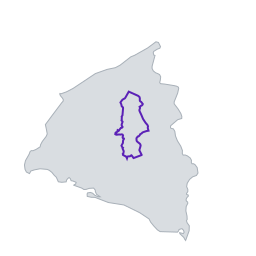 Nicaragua, with Matagalpa highlighted, rotated 107°
{"feature_id": "NIC-666", "entity_name": "Matagalpa", "entity_type": "Department", "adm_level": 1, "iso_a3": "NIC", "parent_name": "Nicaragua", "parent_adm1": "", "projection": "albers", "projection_center": [-85.323, 12.952], "detail": "medium", "context": "in_parent", "style": "outline", "palette": "violet", "viewbox_px": 256, "rotation_deg": 107, "n_neighbors": 0, "source": "natural_earth", "source_scale": "10m", "svg_char_len": 4015}
<svg xmlns="http://www.w3.org/2000/svg" viewBox="0 0 256 256"><g transform="rotate(107 128 128)"><path d="M218.7,40.0L217.6,41.5L216.4,42.5L213.9,47.5L213.0,48.0L212.8,44.3L211.3,43.8L209.5,45.1L208.5,47.0L210.1,49.5L211.5,49.5L213.1,50.2L217.7,67.0L216.8,70.1L214.1,74.8L211.4,78.8L208.8,81.3L205.6,92.0L202.8,109.4L205.0,125.0L204.0,139.4L205.0,142.8L205.3,147.0L203.1,147.8L201.9,147.7L200.6,145.1L200.7,142.8L202.0,140.1L202.5,136.5L201.9,134.6L200.6,138.7L198.4,140.6L196.9,141.2L195.5,143.3L197.0,147.3L199.0,150.2L199.7,152.2L199.0,154.7L198.6,163.1L197.9,162.9L197.1,161.7L195.1,161.7L194.8,165.1L195.0,167.0L193.2,168.4L192.6,169.9L194.1,170.9L195.7,171.5L197.6,171.4L199.3,175.5L199.8,178.9L196.1,182.1L194.8,184.7L192.7,187.8L191.5,190.9L191.2,193.1L192.7,200.2L195.3,205.1L197.5,208.3L200.4,208.9L199.8,212.3L197.6,214.4L193.6,216.2L189.2,216.5L182.0,214.9L179.0,214.7L177.9,213.8L177.5,212.2L175.5,209.8L171.7,206.5L169.5,206.7L165.9,206.0L160.0,203.8L157.3,203.5L153.4,205.5L148.9,208.0L137.9,204.1L130.2,201.3L123.3,198.8L121.4,197.9L119.9,198.1L118.6,199.4L117.1,201.7L116.6,202.3L115.8,203.0L114.9,203.2L114.9,202.1L111.5,197.5L106.1,192.0L85.5,175.1L78.0,165.0L74.0,157.7L70.2,153.9L59.1,146.1L56.6,143.0L45.7,132.6L37.4,126.5L37.3,123.9L40.7,120.7L42.4,120.9L44.2,123.2L47.2,125.8L48.6,125.9L50.7,124.7L50.7,123.4L61.9,123.0L64.0,122.4L66.0,120.5L67.1,117.8L67.3,115.3L67.7,113.4L69.5,111.7L72.8,111.1L75.3,111.0L76.1,109.8L75.3,105.9L74.0,96.4L73.8,93.8L74.2,91.8L75.3,91.1L80.2,90.7L89.6,91.5L91.4,90.9L95.2,85.6L98.7,81.7L101.2,79.9L103.2,79.4L105.5,82.9L113.4,87.9L114.7,87.6L115.5,87.3L115.7,86.6L115.6,84.3L117.6,82.2L121.7,80.3L125.8,77.0L130.0,72.2L133.6,69.4L136.6,68.6L137.8,67.3L137.1,65.5L137.3,63.0L138.5,59.7L140.3,57.9L142.6,57.3L143.5,56.3L143.0,54.8L143.5,53.1L145.6,50.3L150.6,47.9L153.4,48.7L155.8,51.9L159.2,54.1L163.5,55.2L166.9,54.8L169.3,52.8L171.4,52.2L173.4,52.9L174.4,52.5L174.5,50.8L175.5,50.4L177.3,51.3L179.0,51.6L180.5,51.1L181.0,50.3L181.3,49.4L182.4,48.8L186.1,49.4L190.4,48.4L195.0,45.8L198.1,44.7L199.6,45.0L201.4,43.7L203.6,40.8L208.4,39.5L218.7,40.0Z" fill="#d9dde1" stroke="#a8b0b8" stroke-width="1"/><path d="M133.1,137.3L133.4,136.1L133.1,135.9L132.5,135.9L131.7,135.5L130.1,134.9L129.9,134.5L129.6,134.0L129.2,133.7L128.6,133.5L128.3,133.8L127.9,134.4L127.1,134.8L127.0,135.0L126.3,135.1L123.6,135.0L123.4,135.2L122.7,136.4L121.4,136.5L121.0,136.7L119.7,137.0L119.0,137.4L117.5,137.0L110.5,138.5L109.8,138.8L109.1,140.3L107.2,141.4L105.8,142.7L105.1,142.5L102.6,141.6L101.8,140.9L100.6,139.7L99.8,139.4L93.0,137.9L94.3,127.6L95.0,126.1L95.4,125.8L96.3,125.3L97.8,124.9L98.3,124.7L98.6,124.5L98.9,124.1L99.2,123.0L100.7,120.9L101.4,120.9L101.8,121.1L102.4,121.4L103.0,122.1L104.4,123.1L104.9,122.5L105.1,122.4L105.6,122.3L107.1,122.4L108.0,122.2L108.9,121.5L111.2,119.4L115.0,116.2L117.9,112.7L119.2,110.6L119.8,109.9L120.7,109.3L121.6,109.3L122.4,109.0L124.6,107.6L125.5,109.4L127.5,112.2L128.3,113.0L129.1,113.3L130.5,114.6L131.6,114.7L132.7,115.3L132.9,115.8L133.3,115.9L133.6,116.3L134.9,116.8L135.3,116.9L136.3,116.6L137.5,116.1L137.9,115.8L138.2,115.4L138.7,114.3L139.5,112.2L140.1,111.4L141.1,110.8L142.4,110.7L145.1,110.7L145.7,110.7L146.1,110.5L149.7,107.1L149.9,107.1L154.3,112.8L155.1,113.9L153.3,116.3L153.1,116.8L153.5,117.2L154.0,117.4L154.5,117.9L154.8,118.8L155.4,120.0L155.6,120.3L156.2,120.5L157.0,120.1L157.3,120.1L156.8,120.5L156.0,121.4L155.8,121.8L155.5,123.8L155.3,124.3L155.2,124.9L154.7,125.0L154.3,125.4L153.3,125.0L152.8,125.1L151.5,125.3L150.9,125.7L150.1,126.5L149.2,127.2L148.4,127.0L148.1,127.7L147.7,128.3L146.8,129.1L143.8,128.5L141.8,129.0L140.8,129.0L139.8,128.7L139.4,128.7L139.2,128.9L139.2,129.6L139.1,130.0L138.6,130.4L138.2,130.5L136.7,130.5L136.1,131.0L135.9,131.3L135.9,132.1L136.5,133.3L136.8,134.7L137.8,137.0L137.8,137.8L137.6,138.4L137.3,138.4L136.7,138.0L136.3,137.8L136.2,138.0L136.1,138.4L135.8,138.3L134.5,136.9L134.1,136.8L133.4,137.3L133.1,137.3Z" fill="none" stroke="#5b21b6" stroke-width="2"/></g></svg>